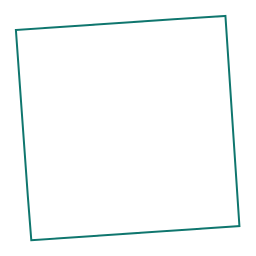 Cuming, Nebraska, United States of America, rotated 176°
{"feature_id": "52423323B98097136535369", "entity_name": "Cuming", "entity_type": "district", "adm_level": 2, "iso_a3": "USA", "parent_name": "United States of America", "parent_adm1": "Nebraska", "projection": "orthographic", "projection_center": [-96.807, 41.916], "detail": "fine", "context": "isolated", "style": "outline", "palette": "teal", "viewbox_px": 256, "rotation_deg": 176, "n_neighbors": 0, "source": "geoboundaries", "source_scale": "gbopen_adm2", "svg_char_len": 254}
<svg xmlns="http://www.w3.org/2000/svg" viewBox="0 0 256 256"><g transform="rotate(176 128 128)"><path d="M23.0,233.0L74.5,233.3L233.0,233.6L232.7,67.6L232.3,22.8L111.7,22.6L23.7,22.4L23.0,233.0Z" fill="none" stroke="#0f766e" stroke-width="2"/></g></svg>